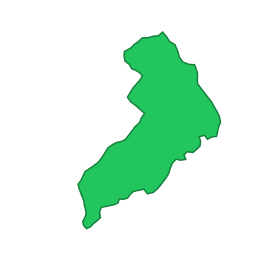 outline of Alvorada, Rio Grande do Sul, Brazil, rotated 147°
{"feature_id": "56859067B1386586306999", "entity_name": "Alvorada", "entity_type": "district", "adm_level": 2, "iso_a3": "BRA", "parent_name": "Brazil", "parent_adm1": "Rio Grande do Sul", "projection": "albers", "projection_center": [-51.03, -30.004], "detail": "fine", "context": "isolated", "style": "filled", "palette": "green", "viewbox_px": 256, "rotation_deg": 147, "n_neighbors": 0, "source": "geoboundaries", "source_scale": "gbopen_adm2", "svg_char_len": 1421}
<svg xmlns="http://www.w3.org/2000/svg" viewBox="0 0 256 256"><g transform="rotate(147 128 128)"><path d="M217.1,74.0L218.3,70.1L217.5,66.1L213.0,65.6L209.1,66.6L204.6,67.0L199.9,67.9L197.6,73.1L193.5,76.0L187.3,73.5L181.2,71.2L177.2,70.6L174.0,73.2L170.9,70.8L166.7,69.5L162.2,71.1L158.7,71.8L155.0,70.8L151.5,69.2L148.0,68.1L147.5,62.2L141.7,60.2L136.1,61.1L131.4,62.5L124.4,65.0L118.9,67.5L114.4,71.3L109.6,74.5L104.5,75.7L101.8,72.6L96.7,70.2L95.5,75.1L91.3,75.8L86.7,72.1L81.3,72.8L77.2,73.8L74.3,77.5L73.1,82.0L67.7,80.1L67.5,75.3L62.6,74.9L58.5,72.8L55.4,75.5L52.3,78.9L47.2,82.5L45.1,87.9L44.5,92.2L44.2,97.6L43.7,104.4L44.2,109.7L44.9,117.8L45.3,122.6L45.5,127.5L43.2,131.3L40.1,135.6L38.7,140.3L37.7,144.8L42.4,148.3L46.1,153.6L46.3,159.5L44.5,165.2L43.2,172.3L46.1,178.0L45.9,182.8L46.7,189.6L52.5,188.8L56.0,190.9L61.7,192.7L67.0,195.8L72.0,194.9L76.8,194.7L82.4,193.6L89.2,194.1L92.1,190.6L94.0,185.7L92.3,180.6L92.6,175.6L90.3,172.4L88.1,168.1L87.6,163.9L91.7,161.8L101.9,158.9L111.7,154.2L111.5,148.8L109.3,142.7L107.5,136.4L106.2,131.3L111.5,129.0L115.2,126.3L121.5,125.2L127.7,122.9L132.2,121.3L136.2,119.8L140.9,120.3L145.5,122.1L150.0,122.5L155.5,122.3L160.4,120.0L165.9,117.4L171.9,115.4L179.6,114.9L187.5,114.9L192.4,112.0L196.5,109.4L200.5,108.1L202.1,103.4L203.7,96.2L204.6,90.9L206.6,87.2L208.1,82.6L209.7,78.9L213.6,76.0L217.1,74.0Z" fill="#22c55e" stroke="#15803d" stroke-width="1.5"/></g></svg>